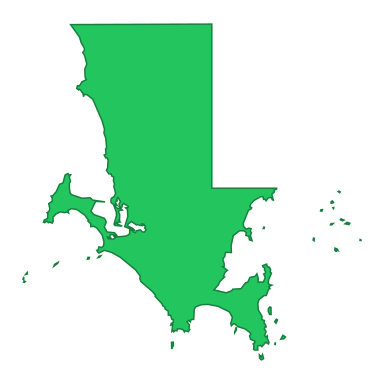 Lower Eyre Peninsula, South Australia, Australia
{"feature_id": "25037944B64122646541538", "entity_name": "Lower Eyre Peninsula", "entity_type": "district", "adm_level": 2, "iso_a3": "AUS", "parent_name": "Australia", "parent_adm1": "South Australia", "projection": "mercator", "projection_center": [135.614, -34.488], "detail": "fine", "context": "isolated", "style": "filled", "palette": "green", "viewbox_px": 384, "rotation_deg": 0, "n_neighbors": 0, "source": "geoboundaries", "source_scale": "gbopen_adm2", "svg_char_len": 6023}
<svg xmlns="http://www.w3.org/2000/svg" viewBox="0 0 384 384"><path d="M70.6,24.6L79.5,37.1L81.2,42.7L84.1,47.7L84.5,50.3L82.7,52.5L84.7,55.7L86.8,64.1L84.8,69.1L85.1,77.2L86.3,79.7L82.0,81.8L79.4,85.9L77.5,85.6L76.7,88.4L78.5,89.9L79.0,89.2L80.4,90.0L83.1,93.7L83.5,96.7L84.4,94.4L87.2,94.8L92.8,99.3L102.1,120.8L104.5,129.3L103.9,132.9L105.7,138.1L106.6,147.5L105.6,149.0L106.0,154.2L104.1,155.0L105.7,157.9L107.0,157.6L108.1,160.0L107.6,168.0L106.4,170.3L108.9,173.9L111.2,174.0L111.7,176.0L113.8,177.2L113.4,180.8L114.5,184.3L113.8,186.2L115.6,193.3L114.2,196.5L111.4,198.3L110.9,200.0L111.1,202.7L113.4,204.3L116.3,212.1L116.5,215.6L114.0,224.2L115.0,225.5L122.3,226.1L117.6,224.2L117.6,222.9L115.8,223.6L116.8,222.2L120.2,222.0L118.9,220.3L119.6,220.0L119.7,214.2L118.3,211.9L119.9,210.3L122.3,210.0L120.6,208.2L117.8,208.8L114.6,205.5L115.3,204.5L117.0,205.3L115.5,202.5L116.7,199.8L117.1,201.7L117.1,198.1L118.0,197.3L120.4,201.5L119.1,204.0L119.3,207.0L121.9,207.1L122.4,204.6L123.9,203.5L128.3,206.5L127.9,207.7L125.7,207.8L127.4,209.6L127.8,216.5L124.7,226.7L135.1,230.8L132.7,228.3L127.6,225.9L128.1,224.1L131.4,221.5L136.4,224.9L137.8,224.6L140.9,225.6L143.6,225.5L141.5,225.2L142.6,224.8L142.0,224.0L143.9,224.2L145.5,227.0L144.6,228.0L146.1,229.7L144.5,232.1L142.2,231.9L140.4,229.8L136.5,230.8L135.4,232.7L133.2,231.9L132.5,230.3L129.7,230.1L129.6,233.9L126.4,236.0L116.5,237.0L113.1,239.2L108.1,238.6L107.6,237.1L110.9,238.2L109.8,236.7L110.3,234.5L114.3,234.9L113.7,236.0L114.7,237.2L116.0,235.4L117.3,235.9L114.5,232.7L107.1,232.0L104.3,226.8L106.2,222.4L105.3,219.6L104.1,218.2L93.9,214.6L90.9,211.1L95.6,201.4L105.1,201.9L92.6,200.1L90.3,197.8L81.8,198.2L71.7,194.7L70.2,193.3L69.5,189.4L69.3,183.6L70.5,181.5L69.3,177.0L70.7,174.8L68.8,175.0L68.0,173.5L65.1,175.0L63.0,182.9L59.6,184.3L56.2,191.7L52.8,195.6L51.0,196.1L52.2,198.0L52.2,201.2L48.7,203.6L49.8,208.7L48.9,211.6L47.0,212.7L47.8,213.3L47.6,218.5L44.2,220.0L43.5,222.1L44.7,222.7L46.6,221.2L48.5,222.7L49.6,221.9L52.1,223.2L53.2,221.4L52.9,217.4L55.9,214.0L60.6,211.8L64.4,212.7L67.0,212.0L68.6,213.0L68.0,210.5L71.4,208.6L77.1,209.6L84.7,215.1L88.5,220.2L87.9,221.1L90.7,223.7L90.8,226.7L93.7,226.3L96.9,228.1L102.2,235.0L104.0,241.9L103.5,245.9L101.8,247.5L98.9,246.9L98.0,250.2L96.8,250.3L97.8,252.1L99.0,253.0L104.3,250.3L111.6,252.4L120.2,257.2L135.5,269.8L140.4,276.4L139.8,278.6L140.9,281.6L152.2,291.3L155.4,295.1L155.1,296.4L162.2,304.0L162.5,305.6L164.8,307.1L165.1,309.0L168.2,311.1L168.3,315.1L170.7,315.4L171.7,319.1L173.2,319.6L173.2,322.5L171.3,323.4L170.8,325.2L172.6,324.6L171.9,331.4L172.8,330.6L173.7,331.9L174.6,330.5L177.0,330.8L177.2,329.0L180.6,328.8L183.4,330.0L184.4,332.0L185.6,330.7L188.4,331.7L189.8,329.5L189.0,328.7L189.4,324.8L187.0,321.9L188.9,320.3L190.3,321.9L191.2,319.5L193.7,319.4L194.2,309.8L195.4,307.0L201.3,304.7L208.2,304.4L218.0,306.3L229.3,311.8L232.4,317.4L230.7,323.8L231.4,325.8L233.5,323.6L235.1,324.0L237.7,326.6L245.1,328.9L249.9,332.5L250.8,333.9L249.6,336.0L250.6,339.4L254.5,340.9L254.9,342.6L253.1,344.0L254.0,345.5L253.6,349.3L254.5,350.0L257.9,350.0L257.6,346.0L260.5,345.4L261.9,346.7L265.7,342.3L268.5,344.0L269.0,342.2L267.5,339.0L267.3,335.8L265.7,336.9L264.6,335.6L266.1,331.4L264.3,329.0L265.1,326.9L266.1,326.9L265.9,325.6L264.0,322.7L264.4,320.5L261.8,319.6L262.0,316.2L258.4,310.1L257.8,303.6L259.0,299.6L264.0,295.6L266.2,295.5L268.6,289.3L270.0,288.7L268.9,286.6L271.8,285.2L269.1,284.5L268.3,283.0L268.6,279.7L271.5,273.2L270.2,272.2L270.6,269.6L269.5,267.3L267.2,266.5L266.7,264.1L262.6,265.6L263.0,267.0L264.7,267.6L264.4,270.0L265.6,271.7L265.2,273.4L263.7,274.0L265.3,277.6L263.3,282.1L258.0,282.0L258.3,278.6L256.9,273.8L255.1,276.4L249.9,277.4L247.8,282.2L245.6,282.7L241.0,288.7L232.7,289.2L231.6,290.8L226.1,292.8L213.9,289.9L218.2,285.1L219.9,281.5L224.6,276.9L223.5,276.1L224.9,272.5L227.4,270.3L222.9,266.9L224.1,267.0L224.2,264.0L222.8,258.9L224.7,256.6L225.5,252.4L231.4,252.5L231.1,245.7L233.3,235.6L239.5,230.8L243.7,230.8L246.3,232.4L245.8,235.3L248.9,236.4L249.4,239.9L252.1,240.7L250.4,235.6L251.4,232.8L250.3,231.0L251.1,228.7L248.8,228.1L246.1,229.2L243.7,226.4L243.2,223.4L248.4,210.4L251.4,208.6L251.6,207.6L249.8,206.8L250.6,204.1L254.2,200.3L260.8,196.6L263.1,196.9L263.5,199.4L264.9,199.2L266.1,200.8L268.2,198.0L269.9,197.5L271.8,197.8L272.1,199.7L273.3,200.1L271.8,194.4L274.3,192.1L274.1,190.2L276.6,189.1L276.6,188.2L211.8,188.2L211.8,24.1L70.6,24.6ZM268.2,311.1L269.6,314.4L271.1,314.5L271.0,307.4L269.9,306.9L268.5,308.5L268.2,311.1ZM259.4,354.9L259.6,358.2L261.3,359.9L263.6,358.7L262.5,354.5L261.4,356.9L259.4,354.9ZM280.8,339.2L284.3,338.6L285.4,336.9L282.9,335.3L280.8,339.2ZM171.5,342.3L171.7,349.0L173.5,345.1L173.2,342.1L171.5,342.3ZM345.0,223.8L348.9,224.6L349.8,223.2L347.0,222.3L345.0,223.8ZM276.3,319.2L274.7,321.7L276.0,323.2L277.5,319.9L276.3,319.2ZM338.0,250.5L337.1,248.9L335.0,248.1L334.8,250.3L335.6,251.2L336.5,251.3L336.5,249.9L338.0,250.5ZM53.9,266.2L57.7,263.3L58.1,262.3L54.6,264.4L53.9,266.2ZM331.1,203.2L332.9,203.0L333.6,202.3L332.2,200.9L331.0,201.9L331.1,203.2ZM340.4,219.8L342.5,220.8L344.0,220.1L341.1,218.9L340.4,219.8ZM87.4,259.2L89.0,258.9L89.4,257.4L88.0,257.3L87.4,259.2ZM314.1,240.8L314.3,238.4L313.5,238.1L313.1,240.1L314.1,240.8ZM320.5,210.9L321.8,211.3L322.4,209.6L320.9,209.8L320.5,210.9ZM27.4,273.9L27.2,272.4L25.6,274.4L27.4,273.9ZM236.3,330.1L234.7,331.4L234.7,332.7L236.3,330.1ZM23.7,276.8L23.0,279.3L23.8,280.0L23.7,276.8ZM330.4,224.8L331.9,224.8L333.2,223.5L331.0,223.7L330.4,224.8ZM98.0,257.6L99.6,257.2L100.8,255.8L99.0,256.2L98.0,257.6ZM338.2,191.5L339.7,192.7L340.2,191.9L338.9,191.1L338.2,191.5ZM275.4,342.3L274.7,344.2L275.3,344.4L275.4,342.3ZM23.6,282.2L24.5,282.4L25.3,281.6L24.2,281.1L23.6,282.2ZM235.4,329.6L236.3,329.8L236.3,327.9L235.9,327.9L235.4,329.6ZM264.4,227.2L263.8,227.1L263.3,228.5L264.1,228.5L264.4,227.2ZM332.8,207.8L333.5,208.6L333.7,207.5L332.8,207.8ZM360.0,240.4L361.0,240.5L360.9,239.8L360.1,239.5L360.0,240.4Z" fill="#22c55e" stroke="#15803d" stroke-width="1.5"/></svg>